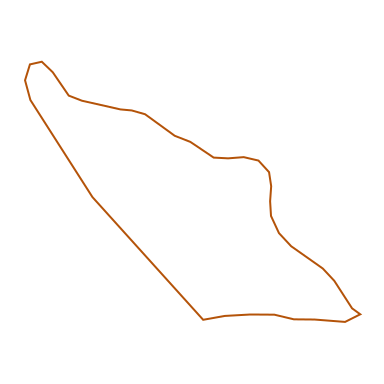 the border of Brunei and Muara, rotated 263°
{"feature_id": "BRN-1182", "entity_name": "Brunei and Muara", "entity_type": "District", "adm_level": 1, "iso_a3": "BRN", "parent_name": "Brunei", "parent_adm1": "", "projection": "natural_earth1", "projection_center": [114.909, 4.894], "detail": "fine", "context": "isolated", "style": "outline", "palette": "amber", "viewbox_px": 384, "rotation_deg": 263, "n_neighbors": 0, "source": "natural_earth", "source_scale": "10m", "svg_char_len": 579}
<svg xmlns="http://www.w3.org/2000/svg" viewBox="0 0 384 384"><g transform="rotate(263 192 192)"><path d="M241.9,196.5L223.5,217.7L221.0,232.0L220.3,247.6L215.1,261.8L202.3,270.9L188.1,271.3L173.3,268.4L158.6,267.5L140.6,273.3L126.1,283.8L100.1,312.5L86.5,322.4L57.0,336.7L50.1,344.1L50.0,343.8L44.4,328.1L50.5,298.0L53.2,277.6L60.2,258.8L63.3,235.0L65.0,209.4L63.8,187.5L199.0,92.6L303.0,42.8L323.2,39.9L338.4,46.7L339.6,58.8L327.8,68.4L302.7,81.4L296.0,93.9L282.7,131.0L280.3,142.1L274.9,154.9L249.9,181.7L241.9,196.5Z" fill="none" stroke="#b45309" stroke-width="2"/></g></svg>